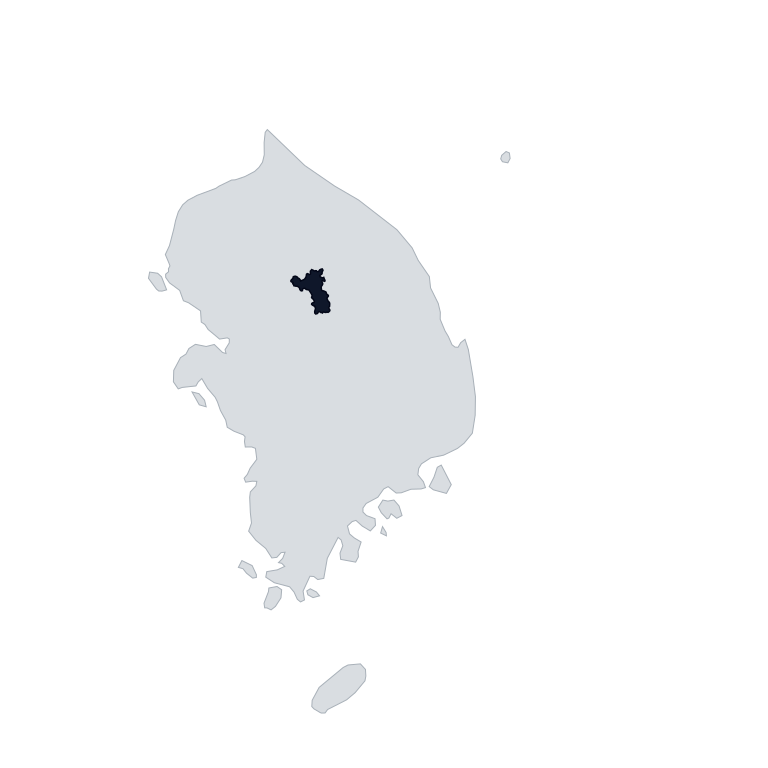 Jecheon-si, North Chungcheong, South Korea (highlighted), rotated 337°
{"feature_id": "91817680B41858032192319", "entity_name": "Jecheon-si", "entity_type": "district", "adm_level": 2, "iso_a3": "KOR", "parent_name": "South Korea", "parent_adm1": "North Chungcheong", "projection": "mercator", "projection_center": [128.142, 37.027], "detail": "fine", "context": "in_parent", "style": "filled", "palette": "ink", "viewbox_px": 768, "rotation_deg": 337, "n_neighbors": 0, "source": "geoboundaries", "source_scale": "gbopen_adm2", "svg_char_len": 5235}
<svg xmlns="http://www.w3.org/2000/svg" viewBox="0 0 768 768"><g transform="rotate(337 384 384)"><path d="M230.6,193.7L233.1,191.7L233.3,188.8L233.3,179.4L240.6,172.8L251.0,159.3L256.1,152.0L262.0,145.1L268.7,140.4L275.3,138.2L285.7,137.3L305.6,138.2L309.6,137.4L323.4,136.7L326.7,137.9L336.8,138.7L347.9,137.8L353.5,135.8L358.8,132.4L363.3,126.3L368.0,114.9L373.0,105.9L376.0,104.2L396.4,151.9L415.9,182.5L432.5,204.7L456.2,247.1L463.1,269.7L463.8,283.6L467.7,302.8L464.4,313.8L465.4,331.0L463.9,339.9L461.0,346.4L460.9,358.9L461.8,365.5L461.9,374.4L463.8,377.8L466.5,379.1L470.8,375.9L476.0,374.5L475.1,385.2L468.7,412.0L463.2,431.4L455.7,448.4L446.1,463.8L434.6,469.8L426.5,472.0L411.1,472.8L398.3,470.2L387.3,472.1L382.9,475.3L379.7,480.8L382.1,489.3L381.7,495.6L377.1,495.1L367.7,491.4L357.4,490.9L352.6,489.1L347.7,480.1L342.7,480.5L334.1,485.8L320.9,487.0L316.2,489.9L314.6,493.6L316.5,498.3L323.1,504.5L320.9,510.8L314.0,513.9L308.4,506.2L304.9,498.6L301.0,498.2L294.9,500.4L293.7,508.5L296.5,514.1L301.2,520.5L294.7,527.9L292.9,533.1L288.3,536.9L275.6,528.5L277.4,522.5L282.9,516.8L283.6,510.8L281.8,507.3L263.7,522.3L252.6,539.4L246.6,538.1L244.2,533.8L240.7,532.0L228.6,543.0L226.4,551.7L222.0,552.0L220.1,548.3L219.9,540.4L217.9,533.8L205.4,524.1L199.7,515.6L202.8,510.9L213.2,513.4L221.4,513.1L219.8,509.1L217.1,507.2L222.6,504.9L227.2,500.2L223.4,499.0L217.6,501.7L212.8,500.3L210.9,489.2L205.0,477.8L201.9,466.6L207.7,460.2L210.7,450.2L216.1,435.8L218.8,431.1L226.3,427.7L228.9,423.9L224.8,422.0L218.3,420.3L218.4,416.1L222.9,413.8L227.9,409.2L237.5,403.6L240.5,393.0L237.7,390.3L231.7,387.8L233.1,382.4L235.5,378.3L234.6,375.8L227.5,368.9L222.8,362.6L224.2,355.4L223.1,344.5L223.7,335.3L223.4,330.3L219.9,319.1L218.4,307.8L213.8,309.5L210.1,312.3L196.9,308.3L192.7,308.1L191.0,299.7L195.8,289.3L207.0,280.2L213.4,279.1L218.3,275.1L225.9,273.8L235.0,280.0L243.2,281.3L247.7,291.9L250.5,294.2L251.1,290.3L257.6,285.7L259.2,282.2L257.8,280.3L250.2,278.4L243.4,265.1L242.4,259.3L240.0,255.6L243.7,245.0L235.8,232.8L231.9,229.0L232.5,218.0L228.4,211.0L226.1,207.2L224.7,200.6L225.9,197.6L229.5,196.5L230.6,193.7ZM204.9,661.6L201.2,663.8L197.7,662.4L196.8,661.4L192.6,655.7L191.5,652.7L194.3,647.1L205.8,637.9L235.7,629.0L241.1,628.6L252.9,632.4L255.4,639.5L253.2,645.7L250.5,649.8L236.9,656.8L226.2,660.1L204.9,661.6ZM406.6,502.9L398.7,509.1L388.1,500.7L385.5,496.1L393.6,489.3L400.5,481.5L405.0,481.0L406.6,502.9ZM350.2,502.1L349.2,512.1L343.3,512.6L339.8,506.2L336.1,509.3L334.1,509.3L331.2,501.4L330.7,495.1L337.6,490.4L341.8,493.3L347.8,494.7L350.2,502.1ZM197.2,546.3L191.8,547.8L188.8,544.4L186.7,543.4L187.9,538.9L196.6,529.9L198.3,526.8L206.4,528.6L209.4,533.4L205.6,540.6L197.2,546.3ZM221.1,198.4L220.7,212.4L216.1,211.8L213.0,210.4L211.6,207.7L208.5,194.7L212.0,189.4L218.9,193.6L221.1,198.4ZM192.0,509.7L190.9,512.2L187.3,511.4L183.5,504.4L182.0,498.9L178.3,495.9L184.2,491.0L191.7,499.7L192.0,509.7ZM212.5,328.8L211.4,335.5L205.8,331.0L204.2,316.3L209.9,320.6L212.5,328.8ZM588.2,225.7L584.4,228.8L579.9,225.7L579.4,222.4L581.7,219.5L587.2,217.7L589.7,220.3L588.2,225.7ZM240.5,549.0L241.9,553.8L235.2,552.9L231.6,548.3L232.1,544.3L236.1,543.7L240.5,549.0ZM327.9,521.5L326.9,524.7L322.7,519.9L326.9,514.7L327.9,521.5Z" fill="#d9dde1" stroke="#a8b0b8" stroke-width="1"/><path d="M339.4,258.3L340.9,259.4L342.1,260.0L342.9,260.8L343.4,261.6L343.7,262.7L343.5,263.8L343.7,265.3L344.5,266.1L345.4,266.2L346.1,264.8L346.9,264.6L348.6,265.0L348.9,265.7L349.3,266.6L350.4,267.3L351.3,267.8L351.7,268.5L352.3,272.0L352.5,274.1L352.0,275.2L351.2,275.8L351.2,276.7L351.7,277.6L352.0,278.6L352.2,279.7L352.1,281.0L351.6,281.5L350.4,281.4L349.0,281.6L348.5,282.3L348.8,283.2L349.4,284.0L350.0,284.8L350.7,285.2L350.5,285.8L350.5,286.1L350.7,287.2L349.8,288.6L349.0,289.5L348.5,290.2L348.0,291.7L348.5,292.9L350.4,293.1L351.2,292.3L352.4,292.0L353.5,292.8L353.9,293.7L354.8,294.0L355.1,294.6L356.6,294.0L357.6,295.0L358.6,295.5L359.4,295.4L360.5,296.2L361.5,296.0L362.8,295.4L363.1,294.5L362.9,293.5L362.8,292.2L363.7,291.6L364.4,291.1L364.7,290.3L364.9,289.9L365.3,289.2L365.6,288.2L365.5,287.1L365.1,286.3L364.9,285.2L364.9,283.7L365.0,282.8L365.9,282.1L367.1,281.4L367.4,280.6L366.9,279.8L366.4,278.9L366.5,276.6L365.9,275.9L365.1,275.0L364.5,274.5L363.6,274.1L363.3,273.3L363.5,272.2L363.8,270.8L364.3,270.0L364.9,269.4L365.9,268.8L366.7,268.0L366.9,267.0L366.8,266.3L367.0,265.1L367.7,264.5L368.5,265.3L369.1,266.2L369.8,266.2L370.2,265.5L370.1,264.3L370.2,262.3L369.4,262.4L368.6,262.0L368.1,261.5L367.1,260.5L367.4,259.0L368.8,258.7L369.9,258.4L370.3,257.9L370.7,257.0L371.2,256.3L372.1,255.8L372.3,254.8L372.1,253.9L370.8,253.7L369.4,253.8L368.4,254.5L367.6,254.8L366.3,254.4L366.0,253.3L365.4,253.0L363.9,252.7L363.5,251.9L362.1,250.4L361.3,250.9L360.4,251.3L359.9,252.1L359.8,253.2L359.1,254.1L358.0,254.1L357.5,253.3L356.5,252.4L355.5,252.7L354.9,253.8L354.0,255.0L352.9,255.8L352.1,256.3L351.1,256.6L347.5,256.6L347.5,255.0L347.1,253.8L346.2,252.8L346.1,251.9L345.5,251.0L344.5,250.1L343.3,249.8L342.3,249.9L341.8,250.7L341.0,251.4L339.6,251.8L338.6,252.6L338.4,253.3L338.9,254.1L339.7,254.6L339.9,255.1L339.4,255.7L339.2,255.9L339.6,257.6L339.4,258.3Z" fill="#0f172a" stroke="#020617" stroke-width="1.5"/></g></svg>